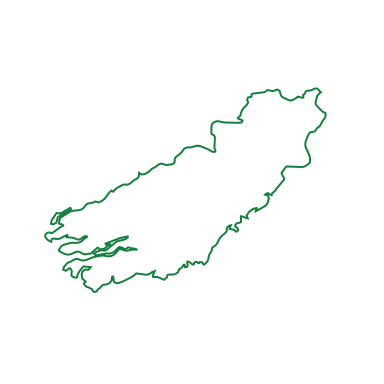 the Division of Khulna, rotated 72°
{"feature_id": "BGD-2432", "entity_name": "Khulna", "entity_type": "Division", "adm_level": 1, "iso_a3": "BGD", "parent_name": "Bangladesh", "parent_adm1": "", "projection": "robinson", "projection_center": [89.364, 22.917], "detail": "fine", "context": "isolated", "style": "outline", "palette": "green", "viewbox_px": 384, "rotation_deg": 72, "n_neighbors": 0, "source": "natural_earth", "source_scale": "10m", "svg_char_len": 6095}
<svg xmlns="http://www.w3.org/2000/svg" viewBox="0 0 384 384"><g transform="rotate(72 192 192)"><path d="M171.1,286.8L173.0,284.3L172.8,281.4L172.2,279.0L171.3,277.0L166.8,270.6L165.8,268.0L167.3,266.9L165.6,263.7L165.0,262.3L163.8,255.8L163.8,254.7L164.1,253.4L164.9,251.8L165.1,250.9L164.7,248.1L162.8,243.3L161.9,238.9L160.6,237.8L157.4,236.4L159.7,234.8L160.3,232.0L159.9,228.7L158.9,225.7L157.6,223.1L156.8,218.9L155.6,215.4L155.3,213.2L156.1,211.6L158.3,208.2L159.2,204.3L159.4,201.9L159.1,200.3L157.9,199.1L155.0,198.1L153.8,196.5L151.6,190.8L150.5,188.9L148.6,186.3L148.2,184.9L148.2,182.5L149.2,179.1L149.5,172.9L150.9,169.9L156.5,163.4L159.3,161.0L160.2,159.8L160.8,158.6L160.8,157.6L160.2,157.0L157.3,157.1L156.4,156.9L148.3,153.7L146.5,153.3L145.1,153.5L143.5,154.9L142.7,155.3L141.6,155.3L134.8,152.9L133.4,151.6L132.4,149.3L132.3,146.6L133.3,144.3L135.8,140.0L140.8,125.7L141.1,123.1L139.7,121.9L138.3,123.0L137.1,125.0L135.8,125.6L134.3,122.3L133.1,121.8L130.1,119.5L128.4,117.5L125.9,112.8L124.4,111.0L123.6,110.9L121.5,111.1L120.5,110.6L119.4,109.5L119.4,108.7L119.7,107.7L119.9,106.2L119.4,105.8L118.3,105.6L117.4,105.0L117.2,103.7L119.4,92.7L119.3,91.6L118.5,89.8L118.5,88.6L119.1,87.3L120.6,84.8L121.1,83.4L121.1,82.3L120.8,80.1L121.1,79.0L122.8,77.5L124.8,77.4L127.0,77.6L129.0,77.2L130.4,76.0L134.3,71.9L135.3,70.5L135.6,68.4L135.3,65.8L134.7,63.5L134.0,62.1L135.3,59.7L136.5,58.0L136.5,56.9L134.0,56.2L133.6,54.7L131.7,52.9L131.2,51.6L132.0,47.9L132.1,46.5L131.6,44.1L131.6,42.9L132.2,41.4L133.2,40.4L137.1,38.6L137.2,39.5L137.6,40.5L139.2,43.1L139.9,43.7L142.4,45.1L144.8,46.8L146.8,47.1L148.7,46.7L155.4,43.3L156.8,42.3L157.8,40.8L158.9,40.8L160.8,41.4L162.6,42.7L165.0,46.1L168.8,50.0L169.7,53.0L171.8,55.8L172.2,56.9L172.2,58.2L171.8,60.9L172.1,61.9L173.1,63.2L177.1,66.8L179.3,68.4L181.5,69.5L184.4,70.1L193.0,69.1L195.8,69.3L198.4,69.9L200.8,71.1L202.3,75.8L202.5,76.8L202.4,79.2L197.0,94.1L197.3,95.2L201.6,101.0L204.6,100.8L206.3,100.3L207.6,100.1L208.7,100.7L214.9,110.5L216.2,112.1L216.8,113.3L217.9,116.1L219.0,116.7L219.6,117.2L218.6,118.4L216.6,120.0L216.5,121.8L217.2,123.3L218.9,120.7L221.9,121.0L225.1,122.9L227.1,125.0L228.1,127.4L230.0,137.3L228.7,136.7L227.9,135.6L227.1,135.6L227.0,139.4L228.6,144.0L231.2,147.3L234.3,147.2L233.1,149.0L231.1,151.2L230.2,153.0L235.7,154.6L235.9,156.7L235.6,159.2L237.1,161.3L238.4,161.5L240.3,160.0L241.5,159.7L242.9,160.3L243.5,161.4L243.2,162.5L241.9,163.0L241.2,163.5L239.6,165.9L238.8,167.6L237.8,167.2L235.7,165.4L235.6,166.7L236.1,168.7L236.6,169.5L237.5,170.3L239.2,170.7L240.1,171.2L241.1,172.8L243.6,178.6L245.3,180.7L248.6,184.0L250.0,186.0L251.0,189.3L251.5,190.2L254.3,191.8L257.2,195.2L261.5,197.6L263.0,199.2L264.9,202.8L263.5,204.0L262.1,204.0L261.8,204.3L261.0,206.2L261.8,207.2L261.8,207.6L261.6,208.1L260.0,209.0L259.7,209.8L259.8,211.4L260.1,211.8L261.0,212.4L261.5,212.9L261.4,213.4L261.0,214.0L257.8,216.2L256.9,217.4L256.9,218.0L257.5,218.4L260.2,218.7L261.1,219.0L261.6,219.9L261.7,220.7L261.5,221.6L261.2,221.9L260.8,221.9L259.8,221.5L259.2,221.5L258.6,222.0L258.7,222.5L260.5,224.6L261.7,228.3L263.4,229.6L264.0,230.2L264.3,231.0L264.8,232.8L264.7,235.5L263.5,239.1L263.3,240.2L263.4,240.8L263.8,241.3L265.5,242.3L265.9,243.1L266.8,245.8L263.5,249.5L262.0,251.4L261.5,253.3L260.6,255.3L258.8,254.7L255.7,252.0L255.9,254.6L256.9,258.7L256.5,261.2L252.2,270.2L253.4,272.8L254.5,277.0L255.7,285.2L255.9,289.3L255.6,291.4L254.7,292.9L253.0,294.0L251.4,293.8L249.8,293.3L247.9,293.3L247.9,294.2L250.1,295.2L251.9,296.5L253.1,298.4L253.6,301.2L252.9,304.5L253.0,305.8L253.4,306.9L254.8,309.3L255.6,311.6L256.7,312.9L257.2,314.5L256.5,316.4L253.5,317.2L250.8,319.8L249.6,321.6L246.7,323.1L245.6,323.2L245.2,322.7L244.6,320.9L243.3,321.3L241.8,322.4L240.4,323.1L238.7,322.9L236.8,322.5L235.0,321.7L233.7,320.6L232.9,318.4L232.8,317.1L233.9,315.0L233.7,313.8L232.2,311.5L229.3,318.1L230.5,320.4L232.5,323.4L234.8,326.0L236.9,327.2L237.8,328.4L236.7,330.7L234.4,332.5L231.9,331.7L230.6,330.9L229.5,330.8L226.9,331.4L226.6,332.1L228.0,336.3L226.0,338.5L223.8,337.0L220.8,332.1L221.0,330.0L219.8,325.0L220.1,322.2L220.9,320.7L222.8,318.3L223.6,316.4L224.0,314.4L223.5,305.7L224.3,298.7L224.9,296.2L227.4,291.5L227.9,288.8L227.6,286.3L226.7,283.7L225.4,281.5L224.0,279.7L223.9,278.0L227.1,273.5L227.9,271.5L228.0,268.9L228.4,266.4L229.1,264.1L230.1,262.0L228.9,262.9L228.0,264.4L226.5,267.7L225.3,269.1L224.9,270.1L225.9,272.9L225.3,273.9L223.3,275.6L222.0,277.7L222.1,279.3L224.3,283.4L224.9,284.9L225.1,286.1L225.2,288.8L224.9,290.3L223.9,292.6L222.8,301.4L222.3,303.2L220.3,304.3L219.5,302.4L219.3,297.1L219.6,295.8L220.7,293.3L220.8,291.7L216.1,279.8L215.8,277.3L216.3,271.9L216.2,269.5L215.1,266.9L214.4,266.9L213.5,274.9L214.4,290.1L215.2,290.1L215.2,288.4L215.7,286.8L216.3,286.0L216.6,286.3L217.1,288.8L217.6,290.3L218.8,292.7L218.7,294.5L217.9,297.5L217.3,298.0L216.1,298.3L215.8,298.7L215.9,299.6L216.6,300.8L217.0,302.1L218.2,305.1L219.0,306.2L219.2,307.0L218.2,313.4L217.1,314.8L214.4,317.3L213.2,319.4L213.1,321.1L213.7,326.0L213.4,328.8L212.4,331.1L210.9,333.0L207.2,336.5L206.0,336.6L203.3,333.4L202.8,331.6L202.6,328.5L202.9,323.1L203.5,320.9L204.9,317.2L205.1,314.4L204.7,311.9L202.7,307.9L202.3,305.8L201.5,305.8L200.9,307.6L201.2,309.2L201.8,310.7L202.3,312.4L202.3,314.3L201.9,315.4L199.1,318.8L198.4,320.0L196.2,325.4L195.7,325.5L195.1,323.9L194.4,323.9L194.5,326.9L195.5,331.6L195.1,334.6L193.3,338.7L193.6,340.1L195.8,341.2L194.6,342.7L192.8,344.1L190.7,345.1L188.7,345.4L186.7,344.1L186.1,341.9L186.5,339.7L187.6,338.8L187.8,337.5L184.6,327.6L184.4,325.2L183.9,324.7L183.0,325.3L182.0,326.5L181.5,327.6L180.9,328.1L179.5,327.7L177.3,326.4L176.2,325.4L175.7,324.6L173.2,314.8L172.9,312.8L173.2,310.3L174.3,305.3L174.4,302.4L173.6,299.9L171.3,296.5L170.8,294.6L171.5,289.1L171.1,286.8ZM174.5,327.3L179.3,330.6L179.9,333.9L178.6,336.0L175.5,334.2L170.2,327.4L170.2,326.9L170.8,326.2L171.5,323.9L171.5,321.6L170.4,317.6L170.2,315.7L169.5,313.6L169.6,312.5L170.8,312.4L171.2,312.7L171.9,314.0L172.3,315.7L173.3,323.8L174.5,327.3Z" fill="none" stroke="#15803d" stroke-width="2"/></g></svg>